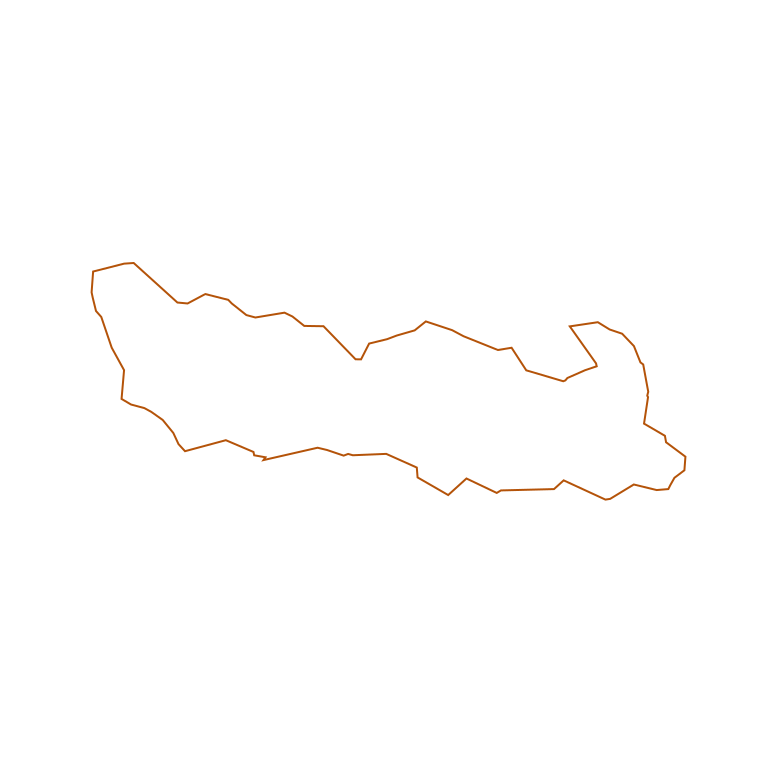 the district of Nsit Ibom, Akwa Ibom, Nigeria, rotated 110°
{"feature_id": "59680162B17891920174093", "entity_name": "Nsit Ibom", "entity_type": "district", "adm_level": 2, "iso_a3": "NGA", "parent_name": "Nigeria", "parent_adm1": "Akwa Ibom", "projection": "equal_earth", "projection_center": [7.878, 4.905], "detail": "fine", "context": "isolated", "style": "outline", "palette": "amber", "viewbox_px": 768, "rotation_deg": 110, "n_neighbors": 0, "source": "geoboundaries", "source_scale": "gbopen_adm2", "svg_char_len": 1250}
<svg xmlns="http://www.w3.org/2000/svg" viewBox="0 0 768 768"><g transform="rotate(110 384 384)"><path d="M487.8,625.5L489.8,614.7L488.6,600.9L489.8,593.1L493.5,579.6L502.1,565.2L510.8,556.5L515.2,548.0L490.9,513.4L492.5,483.4L495.4,481.6L493.4,470.3L496.7,471.2L466.6,424.6L465.5,414.9L465.1,397.4L462.0,393.8L461.6,388.9L448.9,358.0L451.3,324.6L460.3,320.5L466.4,285.7L444.6,274.2L447.8,240.8L444.0,237.7L424.6,188.3L413.1,182.2L416.9,136.4L414.6,132.2L393.0,114.9L390.4,91.5L385.5,80.9L381.2,80.4L372.8,79.0L362.3,72.2L349.2,75.9L342.3,98.9L342.3,99.0L336.6,102.3L332.3,126.1L306.0,131.4L305.5,132.0L305.0,132.6L302.6,132.9L301.0,133.0L277.0,147.1L276.0,150.4L262.9,162.1L255.3,177.4L255.6,190.6L252.8,204.2L266.3,229.1L292.1,191.8L294.6,190.2L302.3,199.8L315.6,213.7L318.6,214.8L320.1,216.5L322.5,255.0L306.3,276.5L313.1,288.6L311.9,325.6L310.1,338.4L310.9,366.1L323.1,373.5L334.1,388.6L340.8,396.4L351.1,411.8L368.7,414.0L370.5,419.2L350.4,460.6L356.7,478.8L351.9,493.1L351.0,501.9L365.5,527.6L366.3,536.9L360.4,554.6L358.2,559.1L360.6,582.7L375.5,596.1L378.1,606.0L355.9,660.6L359.8,669.4L377.8,695.8L397.9,690.1L402.4,687.3L413.9,679.6L417.7,672.6L443.0,652.3L459.9,633.0L487.8,625.5Z" fill="none" stroke="#b45309" stroke-width="2"/></g></svg>